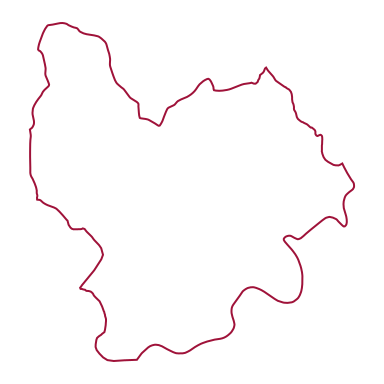 outline of Deorali, Geylegphug, Bhutan
{"feature_id": "84629894B5669247756527", "entity_name": "Deorali", "entity_type": "district", "adm_level": 2, "iso_a3": "BTN", "parent_name": "Bhutan", "parent_adm1": "Geylegphug", "projection": "equal_earth", "projection_center": [89.877, 26.79], "detail": "fine", "context": "isolated", "style": "outline", "palette": "rose", "viewbox_px": 384, "rotation_deg": 0, "n_neighbors": 0, "source": "geoboundaries", "source_scale": "gbopen_adm2", "svg_char_len": 5837}
<svg xmlns="http://www.w3.org/2000/svg" viewBox="0 0 384 384"><path d="M266.1,67.6L265.0,68.5L263.8,71.6L262.8,72.9L260.0,75.1L259.8,76.6L259.3,78.6L258.4,79.8L257.6,82.0L255.6,83.7L254.1,83.7L251.4,82.7L250.6,83.0L249.5,83.2L244.0,84.0L241.8,84.6L239.7,85.4L231.3,88.7L229.2,89.4L227.1,89.9L222.6,90.6L219.1,90.8L215.9,90.6L214.0,90.2L213.6,89.1L213.4,87.0L213.0,85.8L211.4,82.3L210.8,81.2L210.1,80.2L209.3,79.3L208.3,78.8L207.2,79.0L205.1,80.0L203.2,81.2L199.6,84.3L198.1,86.2L196.0,89.3L194.5,91.2L192.8,92.9L191.0,94.4L189.1,95.7L187.1,96.9L180.9,99.5L177.9,101.1L177.0,101.9L175.4,103.8L174.6,104.7L173.6,105.3L168.5,107.7L167.6,108.5L167.0,109.5L165.9,111.9L164.0,116.7L162.7,120.3L162.2,121.5L161.0,123.7L159.8,125.5L158.9,125.8L157.9,125.4L154.9,123.4L149.0,120.0L147.9,119.5L145.8,119.0L140.8,118.3L139.8,117.9L139.5,116.8L139.2,115.6L138.9,113.0L138.4,106.2L138.5,104.8L138.3,103.5L137.6,102.7L136.7,101.9L130.8,98.2L129.9,97.4L129.2,96.5L125.5,91.5L124.0,89.5L123.2,88.7L121.3,87.3L118.6,85.0L116.9,83.4L116.2,82.4L115.0,80.2L113.6,76.6L112.3,72.9L110.3,66.8L110.0,65.5L109.9,64.2L110.0,61.6L110.1,60.2L110.1,58.9L109.7,56.3L109.2,53.8L108.0,50.1L106.6,45.0L106.2,43.8L105.6,42.7L104.9,41.7L101.4,38.5L99.5,37.1L98.5,36.5L97.5,36.2L94.2,35.4L86.6,34.2L84.4,33.6L83.4,33.3L80.3,31.8L79.4,31.1L77.9,29.1L77.1,28.3L76.0,27.9L73.8,27.4L71.7,26.6L68.6,25.2L66.7,23.9L64.6,23.3L62.4,23.0L60.2,23.1L58.0,23.5L52.6,24.6L48.2,25.2L47.3,25.8L45.2,28.8L44.0,31.1L42.9,33.4L39.8,41.8L39.0,44.3L38.4,47.0L38.2,48.3L38.1,49.5L38.7,50.4L40.2,51.2L41.0,52.1L41.8,53.1L42.4,54.1L42.9,55.3L44.9,64.2L45.6,68.1L45.6,69.4L45.3,73.4L45.4,74.7L45.7,75.9L47.7,80.6L48.7,83.2L49.1,84.5L48.9,85.6L48.2,86.5L44.6,89.8L43.0,91.7L42.4,92.8L41.3,95.1L40.6,96.1L38.3,99.0L36.2,102.0L34.3,105.3L33.3,107.6L32.9,108.8L32.5,112.8L32.6,114.5L33.9,120.7L34.0,121.8L34.0,123.1L33.8,124.4L33.3,125.6L32.7,126.8L32.0,127.8L29.9,129.5L30.7,134.6L30.8,136.0L30.7,137.3L30.4,139.9L30.2,143.8L30.1,151.8L30.1,157.0L30.3,167.6L30.3,171.6L30.3,172.9L30.5,174.2L30.8,175.4L31.3,176.6L32.6,178.8L34.7,183.5L36.0,187.1L36.3,188.3L36.8,190.8L36.7,191.9L36.8,193.5L37.3,195.1L37.3,196.3L37.0,197.5L37.1,199.6L38.0,199.8L39.1,199.8L40.1,200.1L40.9,200.6L42.7,202.3L43.6,203.0L45.6,204.2L47.7,205.2L54.0,207.5L56.0,208.5L56.9,209.2L59.5,211.7L62.8,215.3L66.7,219.9L67.5,220.6L68.6,224.8L70.4,227.5L71.7,228.7L73.5,229.3L80.2,229.2L81.7,229.0L82.8,228.4L84.6,229.0L86.2,231.1L87.0,232.0L91.3,236.2L92.1,237.1L93.5,239.1L94.3,240.1L98.4,244.4L99.2,245.3L101.2,248.2L103.0,254.8L101.3,259.3L94.2,270.3L81.8,285.4L81.2,286.4L80.1,287.8L80.6,288.9L82.1,289.0L83.1,289.4L85.1,289.8L85.8,290.5L86.7,290.9L88.7,291.0L90.7,291.6L91.5,292.2L92.3,292.9L93.1,293.9L93.6,295.0L94.2,295.9L95.7,297.5L99.6,301.3L102.1,306.5L103.3,309.8L103.7,311.0L104.2,311.9L104.4,313.0L105.0,314.8L105.1,316.0L105.8,318.2L106.0,319.2L106.0,321.1L105.8,323.3L105.7,325.1L105.0,329.7L104.4,332.1L101.9,334.0L101.3,334.7L99.0,336.2L97.1,337.9L96.4,339.8L95.7,344.2L95.6,347.0L96.7,350.1L99.5,353.7L103.1,357.4L107.4,360.1L113.8,361.0L124.2,360.3L136.9,359.8L141.3,353.8L142.1,352.9L148.2,347.4L150.2,346.1L152.3,345.3L154.4,344.8L155.5,344.7L156.6,344.8L158.8,345.1L162.0,346.3L167.0,349.1L170.0,350.6L173.1,352.1L175.2,352.9L176.2,353.2L178.4,353.4L182.8,353.3L185.0,352.9L186.0,352.5L188.1,351.5L190.1,350.4L194.9,347.1L197.8,345.4L200.9,343.8L202.9,343.0L207.2,341.5L210.4,340.7L214.7,339.6L220.2,338.8L222.3,338.3L224.4,337.5L226.4,336.4L228.3,335.0L230.1,333.4L230.9,332.6L231.7,331.6L233.0,329.5L233.6,328.4L234.0,327.1L234.3,325.9L234.5,324.6L234.3,323.3L233.7,320.7L232.5,317.0L232.2,315.8L231.6,313.2L231.5,311.9L231.5,310.6L231.6,309.2L231.8,307.9L232.2,306.7L232.7,305.6L233.4,304.5L239.9,295.5L242.0,292.4L242.7,291.4L243.6,290.6L245.5,289.2L247.5,288.1L248.5,287.8L250.7,287.3L252.9,287.2L254.0,287.3L256.2,287.9L259.3,289.1L261.4,290.1L264.3,291.8L274.8,299.0L277.8,300.8L283.1,302.5L284.2,302.7L287.5,302.9L291.8,302.3L292.9,301.9L293.9,301.4L296.7,299.3L297.6,298.5L298.4,297.6L299.7,295.4L300.2,294.2L301.1,291.8L301.4,290.6L301.9,288.0L302.3,284.1L302.4,276.1L302.3,274.8L302.0,272.2L301.2,268.4L300.5,265.9L298.3,259.8L297.2,257.5L295.3,254.3L293.1,251.3L291.6,249.4L287.6,244.9L285.1,242.0L284.4,241.0L283.8,239.9L283.8,238.8L284.3,238.0L285.2,237.1L286.1,236.5L287.2,236.1L288.3,235.8L289.4,235.7L290.5,235.8L291.5,236.2L294.5,237.9L296.5,238.8L297.6,239.2L298.7,239.1L300.8,238.2L303.5,236.0L306.1,233.6L310.6,229.8L317.9,223.9L322.5,220.2L325.3,218.2L326.3,217.7L328.5,217.1L329.6,216.9L332.8,217.6L335.9,219.0L336.8,219.6L338.4,221.5L341.8,224.9L342.7,225.7L343.6,226.4L344.7,226.4L345.6,225.6L346.3,224.6L346.6,223.4L346.8,222.1L346.7,219.4L346.3,216.8L346.0,215.6L343.8,208.1L343.6,205.5L343.5,204.1L343.7,201.5L344.0,200.2L344.7,197.7L345.2,196.5L345.8,195.4L346.6,194.5L347.4,193.7L349.2,192.1L352.0,190.0L352.9,189.2L353.9,187.4L354.1,186.1L354.0,184.8L353.8,183.5L353.3,182.4L351.1,179.4L347.2,173.0L344.2,167.4L342.3,163.5L340.4,164.6L338.6,165.4L335.6,165.3L333.5,164.9L328.0,161.8L325.4,159.8L324.1,157.9L323.5,156.9L322.7,154.7L322.3,153.6L322.1,152.4L321.8,151.4L321.9,150.2L321.9,145.4L322.1,144.2L322.2,140.6L322.3,139.6L322.2,137.2L322.0,136.1L321.3,135.2L320.4,134.8L319.4,135.1L317.6,136.0L316.6,135.7L315.9,134.9L315.4,133.9L315.4,131.5L315.0,130.4L314.3,129.6L313.4,128.8L311.7,127.5L310.9,127.6L310.0,127.0L307.6,124.8L306.8,124.2L304.0,122.9L303.1,122.3L302.1,122.0L301.2,121.6L299.5,120.3L297.9,118.9L297.3,117.9L296.8,116.9L296.0,113.4L295.5,112.1L294.1,109.8L293.9,108.2L294.0,107.1L293.6,104.9L293.2,103.6L292.6,102.5L292.4,101.4L292.1,99.3L292.1,97.0L291.7,94.1L290.9,91.8L289.2,89.6L286.4,88.0L285.7,87.2L284.7,86.9L283.8,86.3L276.1,80.9L275.3,80.0L273.4,76.8L272.6,75.8L268.6,71.3L267.8,70.3L266.1,67.6Z" fill="none" stroke="#9f1239" stroke-width="2"/></svg>